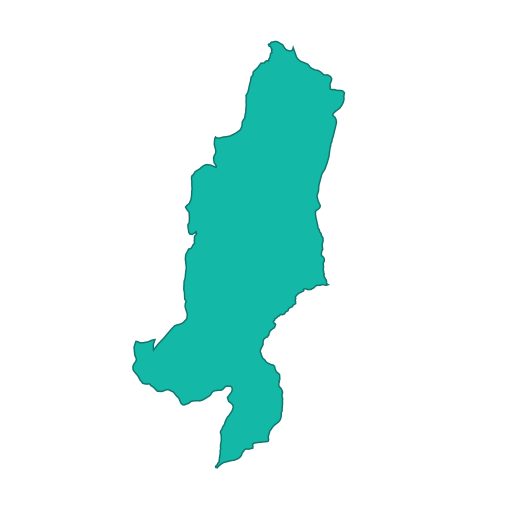 Zetaquirá, Boyacá, Colombia (Mercator projection), rotated 313°
{"feature_id": "7082276B35977519917705", "entity_name": "Zetaquirá", "entity_type": "district", "adm_level": 2, "iso_a3": "COL", "parent_name": "Colombia", "parent_adm1": "Boyacá", "projection": "mercator", "projection_center": [-73.195, 5.28], "detail": "fine", "context": "isolated", "style": "filled", "palette": "teal", "viewbox_px": 512, "rotation_deg": 313, "n_neighbors": 0, "source": "geoboundaries", "source_scale": "gbopen_adm2", "svg_char_len": 6115}
<svg xmlns="http://www.w3.org/2000/svg" viewBox="0 0 512 512"><g transform="rotate(313 256 256)"><path d="M284.3,328.3L283.9,326.6L286.2,324.1L287.0,321.0L287.6,320.0L287.8,319.0L288.2,318.7L289.2,318.4L290.1,316.7L291.3,315.5L291.5,314.5L292.6,314.0L294.3,312.6L296.2,310.3L297.3,309.7L298.5,309.6L299.8,308.7L300.9,306.9L301.2,304.9L301.0,303.8L301.7,302.7L304.4,300.7L306.2,300.4L306.5,299.8L307.1,299.5L307.4,298.8L308.1,298.3L308.9,297.1L310.8,295.8L312.5,295.0L314.9,292.7L315.5,290.2L316.9,288.0L317.1,286.2L318.4,284.3L318.7,282.4L320.4,280.3L325.2,273.3L327.3,270.8L329.3,269.1L329.9,269.0L333.2,269.6L334.5,269.7L335.8,269.3L336.8,268.4L338.7,263.7L341.6,259.5L346.1,257.4L350.5,253.8L360.3,248.5L362.8,247.8L366.3,247.2L373.1,244.3L378.8,241.3L385.4,236.5L387.2,235.7L389.1,234.2L391.6,233.4L392.7,232.4L396.4,230.7L408.1,224.1L409.2,223.1L410.3,221.6L411.3,219.1L411.2,217.3L411.3,216.2L412.5,215.4L414.2,215.3L416.6,215.6L421.2,216.4L423.7,216.1L426.2,215.5L428.0,215.0L430.9,213.3L432.3,211.6L435.8,209.2L435.8,206.7L435.1,205.4L432.3,202.1L431.1,199.7L429.4,197.9L428.8,196.5L428.9,196.1L430.7,194.6L431.8,193.1L435.7,191.5L437.0,190.7L437.3,190.3L438.0,188.3L437.7,186.2L437.1,184.6L435.7,183.4L434.7,182.0L434.7,178.3L434.2,175.4L433.7,174.2L432.4,172.6L431.2,168.6L431.0,166.8L431.5,164.2L431.4,162.5L428.7,155.4L428.6,152.3L429.0,150.2L433.7,141.1L432.1,142.0L431.1,142.1L429.6,141.5L428.8,140.6L427.8,138.6L427.4,137.0L427.7,134.5L428.5,132.2L428.6,131.3L427.3,125.6L426.2,123.9L424.5,122.6L423.9,122.4L422.9,121.4L422.0,121.4L420.8,121.8L419.9,120.9L419.2,120.8L418.5,122.1L418.5,122.8L419.0,123.8L418.9,124.7L417.9,126.1L418.0,127.1L417.3,127.0L416.7,127.4L415.9,128.3L415.7,128.9L414.3,128.6L413.8,128.7L412.7,129.6L411.8,130.0L411.0,130.7L409.0,131.1L407.2,132.1L406.1,130.7L405.1,130.3L402.5,130.3L400.4,128.1L394.9,128.8L389.1,128.4L388.4,128.7L386.1,130.4L383.9,130.4L383.1,130.7L379.9,132.9L377.0,134.4L371.0,138.0L369.5,138.6L366.6,139.2L365.2,140.9L362.3,143.3L359.5,146.2L356.4,148.5L354.2,150.5L352.2,151.5L349.1,153.7L346.5,154.0L344.4,154.7L341.8,156.9L338.8,158.2L336.9,158.4L331.9,157.4L325.9,155.1L322.7,152.7L320.4,150.7L317.1,148.8L315.6,146.7L315.4,145.2L313.5,145.9L309.3,149.2L305.7,154.7L304.3,155.9L303.3,156.5L300.9,157.0L298.6,158.2L295.8,161.6L295.2,164.2L294.4,166.0L293.6,166.4L291.6,160.9L289.4,157.8L288.2,156.9L286.9,156.3L283.5,155.5L281.6,155.5L276.8,154.1L275.5,154.1L273.1,154.7L270.6,154.5L268.4,156.2L267.2,157.8L262.9,161.9L261.4,163.7L260.1,164.4L256.1,167.8L253.1,169.9L248.8,171.4L246.4,171.0L244.1,171.0L243.7,171.1L243.0,173.2L242.3,177.3L238.7,181.1L234.9,184.4L232.8,184.7L232.3,185.0L230.5,186.9L227.4,190.8L226.9,192.8L227.0,193.1L227.7,193.3L227.9,193.7L228.1,194.6L230.4,195.1L231.4,195.9L232.5,195.6L233.0,195.7L231.7,197.4L231.1,197.7L229.5,197.5L227.8,198.0L226.1,199.8L225.3,200.2L223.3,202.5L221.5,202.3L218.7,203.1L217.2,203.2L216.0,202.7L215.2,202.0L211.1,203.2L210.3,203.3L208.6,204.0L205.5,206.5L199.8,213.2L197.3,214.8L191.3,219.4L188.6,220.6L182.3,226.0L180.4,228.7L175.9,233.2L175.2,236.0L173.5,236.5L171.4,237.9L169.9,239.7L166.7,245.4L162.9,248.2L158.4,248.2L156.3,247.9L152.7,246.0L151.6,245.1L149.3,244.1L144.9,244.0L133.0,244.6L124.4,244.5L117.4,245.2L119.3,243.0L121.6,241.1L126.0,239.1L123.4,237.3L118.8,235.2L117.4,233.9L115.7,232.8L113.8,230.8L113.1,229.7L112.8,228.0L111.7,226.4L106.1,229.0L100.9,234.9L99.4,238.2L98.7,239.1L97.9,239.6L96.3,240.1L94.4,240.3L92.5,240.8L91.2,241.4L89.2,243.4L88.6,245.0L87.8,251.4L86.2,255.9L86.1,257.7L85.6,259.7L86.5,261.7L87.4,262.9L88.4,264.1L89.3,264.7L89.9,265.6L89.5,267.5L89.9,269.2L90.1,271.4L89.8,275.9L91.5,278.2L93.2,279.9L96.5,281.4L98.4,282.8L100.2,288.4L99.4,293.5L99.5,295.4L99.3,296.7L97.4,300.9L97.1,302.2L97.3,304.1L98.0,305.0L101.3,306.7L102.6,307.3L105.4,307.7L107.4,309.1L109.1,310.7L111.3,313.0L111.7,313.7L114.6,315.3L121.5,317.3L124.2,317.4L125.7,316.9L127.9,317.0L129.0,317.5L132.6,320.4L133.8,321.8L135.1,322.6L139.6,322.7L140.6,323.1L143.4,326.2L143.6,327.4L142.8,329.0L142.2,329.7L139.6,331.0L137.1,331.1L134.9,331.5L133.5,331.4L132.7,332.0L131.7,334.1L131.0,335.1L131.4,338.4L131.3,339.8L130.6,341.8L129.2,342.9L125.8,344.3L121.1,345.0L118.7,345.0L116.5,345.6L114.2,346.3L111.7,347.6L110.2,348.0L109.1,348.0L105.4,349.4L104.1,349.5L103.0,350.0L102.3,350.9L101.2,352.8L98.4,355.6L96.7,357.0L94.6,358.2L92.1,360.2L91.4,361.3L89.1,362.6L87.4,364.3L81.7,368.2L81.1,368.9L79.9,369.4L78.6,369.5L76.0,370.1L74.7,369.9L74.1,370.3L74.0,371.0L74.7,372.1L75.3,371.9L79.5,372.3L82.7,373.1L89.6,377.5L92.1,379.5L95.9,381.2L98.3,381.5L100.1,381.3L102.3,380.3L106.2,379.8L107.1,379.9L108.4,380.6L109.6,382.3L112.2,383.9L113.1,384.7L114.3,384.0L115.5,382.2L117.5,382.0L120.2,384.0L128.3,391.0L128.8,391.2L129.5,391.0L130.8,389.9L131.4,389.0L132.3,388.1L137.6,385.4L140.3,385.2L141.9,384.8L144.5,384.8L149.6,385.6L151.5,385.6L153.5,385.1L155.7,383.9L157.8,382.2L158.5,381.4L160.6,380.7L161.5,379.7L165.5,376.6L168.6,373.7L169.8,372.9L171.5,370.2L174.2,368.6L175.0,367.6L175.8,365.9L176.2,364.7L176.4,361.6L176.8,361.1L178.3,359.6L180.2,358.7L180.3,358.0L180.6,357.7L182.0,357.6L185.4,354.0L185.4,351.6L185.2,349.8L186.7,346.5L187.9,345.0L188.0,343.8L187.9,342.8L186.6,340.5L185.5,336.7L185.5,334.9L185.9,334.1L186.0,332.7L185.8,331.0L186.6,328.6L188.2,326.0L188.8,324.4L191.1,323.0L196.2,321.5L197.8,319.8L200.4,318.4L203.7,318.9L204.3,319.5L205.0,319.6L206.1,319.1L207.1,319.3L208.0,318.4L209.3,318.1L210.6,317.4L214.9,317.9L215.6,318.3L216.5,318.2L219.2,317.1L219.6,316.1L219.2,314.5L219.6,313.7L220.2,313.3L221.1,313.4L222.1,313.2L222.7,312.6L224.7,313.2L226.8,313.3L227.8,313.8L230.0,313.8L230.4,314.1L230.8,315.1L232.3,316.1L233.1,316.2L235.8,315.9L237.6,316.7L239.7,315.9L240.8,315.9L243.8,317.1L245.7,316.6L248.2,317.5L248.8,316.7L249.5,316.3L250.1,315.1L251.9,314.2L252.7,312.9L253.0,312.7L255.1,312.5L257.5,312.6L262.9,314.6L263.5,314.4L263.8,313.5L265.5,313.9L266.8,317.0L269.3,319.2L270.3,319.3L271.6,319.9L274.6,320.1L275.8,320.3L278.1,322.7L280.6,324.2L281.5,325.7L282.0,326.8L282.6,327.4L284.3,328.3Z" fill="#14b8a6" stroke="#0f766e" stroke-width="1.5"/></g></svg>